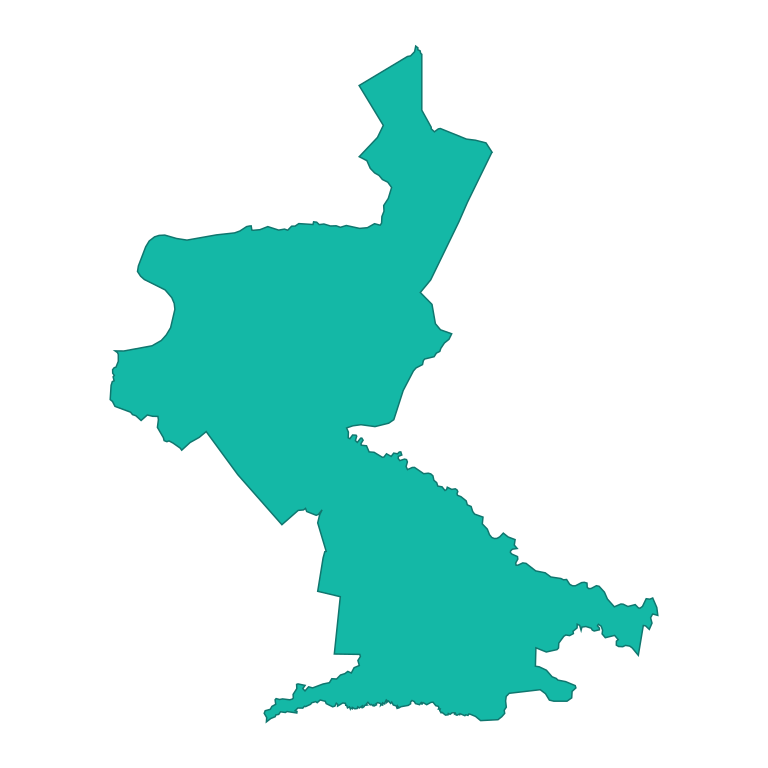 San Jacinto de Yaguachi, Guayas, Ecuador
{"feature_id": "8360857B83271763782433", "entity_name": "San Jacinto de Yaguachi", "entity_type": "district", "adm_level": 2, "iso_a3": "ECU", "parent_name": "Ecuador", "parent_adm1": "Guayas", "projection": "albers", "projection_center": [-79.669, -2.119], "detail": "fine", "context": "isolated", "style": "filled", "palette": "teal", "viewbox_px": 768, "rotation_deg": 0, "n_neighbors": 0, "source": "geoboundaries", "source_scale": "gbopen_adm2", "svg_char_len": 6121}
<svg xmlns="http://www.w3.org/2000/svg" viewBox="0 0 768 768"><path d="M415.7,46.1L414.6,51.7L410.6,55.9L407.4,56.5L359.1,85.5L383.3,125.4L377.5,137.4L359.2,156.7L366.9,160.7L370.3,168.4L374.6,172.9L379.0,175.4L382.4,179.5L387.8,182.2L391.6,187.5L388.3,198.4L383.7,205.5L384.0,211.2L381.9,216.5L381.6,223.0L380.2,225.2L374.5,223.7L367.4,227.7L359.6,228.4L346.3,225.5L340.4,227.3L336.2,225.8L330.5,226.0L323.9,224.0L319.2,224.6L316.7,222.2L313.6,221.8L313.0,224.5L298.8,223.6L295.1,226.1L291.6,226.2L287.7,230.2L284.5,229.1L278.7,230.1L267.8,226.6L259.9,229.7L253.1,230.3L251.8,230.0L251.2,225.9L249.5,226.0L246.6,226.6L239.9,231.0L234.6,232.9L216.3,234.9L187.0,240.1L176.6,238.5L164.8,235.1L159.1,235.4L154.5,236.9L149.2,241.0L145.7,246.8L138.4,265.9L137.5,271.5L140.6,276.2L144.3,279.5L165.1,289.9L171.8,297.7L174.2,303.4L174.9,309.3L170.6,327.7L166.3,334.9L161.3,340.5L152.0,345.8L123.8,351.0L115.1,350.9L117.5,352.6L118.3,354.5L118.3,361.3L116.0,367.1L114.2,367.7L112.6,369.7L112.7,373.2L114.3,375.4L113.1,376.8L114.1,380.8L112.3,381.6L111.1,385.3L110.2,399.6L112.5,401.5L115.0,406.4L130.6,412.2L132.5,414.6L135.8,415.7L141.1,420.5L147.3,415.0L152.7,416.3L157.9,416.4L158.4,419.7L157.4,427.4L163.4,437.7L164.1,440.6L166.9,441.7L169.0,440.9L173.1,443.1L180.2,448.1L181.7,450.2L190.1,442.5L199.2,437.4L206.2,431.6L237.9,474.8L281.9,524.7L298.2,510.4L303.5,509.9L305.5,508.4L306.7,511.5L316.2,515.3L318.4,514.4L322.1,509.8L319.7,514.6L317.7,522.9L326.2,551.4L324.8,551.7L323.1,557.9L317.7,591.3L340.3,596.7L334.3,654.0L359.8,654.4L360.4,656.5L357.9,660.5L359.3,665.5L354.1,667.7L351.3,673.0L347.8,671.4L344.9,673.6L340.5,675.0L336.6,679.0L331.8,678.7L329.4,682.7L323.0,684.0L312.6,687.9L308.6,686.8L305.0,690.9L302.8,688.6L305.1,685.4L298.0,683.9L296.6,684.4L296.8,688.6L293.1,694.4L293.3,697.9L292.5,699.0L289.8,699.8L282.5,698.9L279.6,699.5L276.1,698.6L275.1,699.8L275.7,704.3L271.9,706.4L270.3,709.3L265.2,710.7L264.2,713.3L266.7,717.6L266.4,721.9L270.8,718.5L275.2,716.7L275.9,714.9L278.7,714.4L280.5,711.8L285.4,712.5L287.0,711.5L296.8,713.0L297.0,711.4L295.1,710.7L297.9,708.0L302.8,708.1L304.4,706.3L305.6,706.6L310.6,704.3L311.7,702.8L315.7,701.6L317.2,702.7L320.2,700.0L325.3,701.3L326.2,703.6L332.7,706.8L334.9,706.1L336.3,703.2L337.6,704.3L337.6,706.1L342.7,703.0L345.4,703.3L345.7,705.3L346.7,705.5L347.5,707.9L349.5,706.9L350.3,709.0L350.7,708.1L352.3,708.8L352.4,707.5L354.8,708.8L357.2,708.5L357.8,706.8L359.2,708.0L362.1,706.0L361.9,707.6L362.6,707.7L364.2,706.5L364.2,705.5L367.3,705.0L366.3,704.1L367.9,702.3L370.2,704.9L371.3,704.4L372.7,705.6L373.8,704.8L374.1,706.0L376.5,704.8L376.0,703.8L377.7,702.6L380.9,703.6L380.6,705.4L381.3,704.7L382.6,705.1L382.7,702.9L384.3,703.9L386.3,699.9L387.4,700.8L386.8,702.4L388.5,701.0L390.6,703.4L391.7,702.1L393.3,705.0L396.2,705.9L397.1,708.4L397.9,708.1L397.8,706.4L398.9,707.9L401.0,706.7L408.2,705.4L410.6,703.8L410.6,702.0L412.0,700.5L414.3,701.6L415.5,703.6L419.6,704.7L421.3,702.4L422.0,702.9L421.7,704.6L423.1,702.6L426.7,704.7L430.9,702.4L433.0,702.2L435.8,705.7L438.2,706.3L438.9,707.6L438.4,709.1L440.2,709.0L439.7,710.5L441.1,712.8L441.9,712.3L445.5,715.1L448.1,714.8L448.3,713.5L450.1,714.3L452.1,712.8L454.7,712.8L454.6,714.0L455.5,713.5L456.0,714.9L457.0,715.2L459.0,714.2L459.7,714.7L460.1,713.7L464.9,715.7L465.8,714.8L468.0,715.4L468.8,714.0L470.2,714.2L475.5,716.4L480.6,720.6L498.0,719.7L501.8,716.7L504.7,713.4L504.2,710.3L506.3,707.2L505.6,701.0L506.2,696.4L509.2,693.3L540.2,689.7L545.5,693.7L549.4,700.1L553.9,701.2L567.0,701.2L571.7,697.9L572.1,691.4L575.9,687.9L575.2,685.6L565.6,681.6L557.9,680.1L556.2,678.4L552.1,676.8L546.4,670.2L539.2,666.8L535.4,666.2L535.9,647.8L546.3,652.0L557.0,649.6L558.5,648.0L558.8,643.1L563.8,636.3L565.8,635.0L569.6,635.6L573.4,633.6L573.0,631.3L577.1,627.9L577.2,624.2L579.7,625.4L581.1,630.3L581.9,627.1L585.9,626.5L591.2,628.2L592.3,630.1L594.2,631.0L599.4,629.8L599.4,628.1L597.4,625.9L598.4,624.3L601.2,626.2L602.6,630.2L602.1,633.9L605.3,637.7L614.6,635.4L618.2,639.6L616.4,641.2L616.3,645.1L618.6,646.5L622.8,646.7L625.5,645.4L629.7,646.1L632.2,647.9L638.3,655.3L643.3,625.5L645.5,625.8L649.3,629.4L652.0,623.1L650.6,617.8L652.2,614.8L652.8,614.0L657.8,615.4L656.8,607.5L652.7,598.0L649.8,599.2L646.2,598.7L642.5,606.4L640.0,608.2L638.4,607.9L635.2,604.6L627.9,606.5L623.2,604.2L620.9,604.0L614.3,606.8L607.4,599.0L604.4,592.1L599.1,586.3L596.4,585.7L591.1,588.5L588.6,588.6L587.2,587.2L587.0,583.1L584.3,582.3L581.6,582.6L575.4,585.8L572.5,585.8L569.7,584.3L566.6,579.5L563.5,579.8L560.9,578.5L550.9,577.0L545.2,572.8L535.7,570.9L526.1,563.4L522.8,562.9L517.9,565.2L516.1,565.2L515.7,563.0L517.8,559.1L517.5,556.6L511.9,554.1L510.4,552.5L510.6,550.9L512.4,549.2L517.2,548.5L514.3,545.1L515.1,539.6L508.2,537.0L503.3,533.1L499.8,536.8L497.0,538.4L494.3,538.5L491.8,537.5L489.5,534.7L487.3,529.1L482.3,523.9L483.0,517.1L474.6,514.1L472.7,511.5L471.1,506.5L467.3,504.8L466.2,500.9L461.0,496.7L457.5,495.3L457.0,493.6L457.8,491.6L457.0,489.9L455.3,488.8L451.7,489.4L447.3,487.2L446.6,489.5L445.0,490.5L442.0,486.8L437.8,486.1L436.7,482.7L433.9,480.3L432.9,475.8L430.8,473.9L428.3,473.2L423.7,473.7L414.5,467.4L412.2,467.5L407.5,469.6L406.1,466.5L407.4,461.9L406.5,459.6L404.5,459.1L399.8,460.6L398.2,458.5L398.3,456.4L401.8,455.0L400.8,451.9L399.3,452.0L397.5,453.8L393.7,453.1L391.2,456.4L386.5,453.8L383.9,457.1L382.4,457.3L374.1,452.3L369.1,451.9L366.5,445.8L361.3,445.2L361.0,443.6L363.1,440.2L361.8,438.1L360.6,438.2L357.3,442.4L355.4,440.6L356.7,436.2L356.1,435.2L352.6,435.0L349.9,438.7L348.2,437.8L348.4,432.1L346.6,428.0L347.5,427.6L352.9,425.8L361.0,424.7L375.0,426.6L388.7,423.2L393.8,419.7L403.2,390.5L413.4,371.0L416.1,367.9L422.5,364.6L423.4,360.5L424.7,359.0L434.1,356.7L436.4,353.1L439.8,351.4L440.8,348.4L444.4,343.0L449.0,339.3L451.7,333.8L440.5,329.8L435.4,323.7L432.0,304.4L420.3,292.5L430.7,279.9L459.0,221.6L467.4,202.4L491.9,152.3L492.5,152.9L486.0,142.9L475.4,140.2L466.5,139.1L440.3,128.5L438.3,128.9L434.4,131.8L431.2,128.8L431.2,127.2L421.8,110.2L421.8,54.3L420.7,53.4L420.1,50.8L417.8,49.7L417.9,47.8L415.7,46.1Z" fill="#14b8a6" stroke="#0f766e" stroke-width="1.5"/></svg>